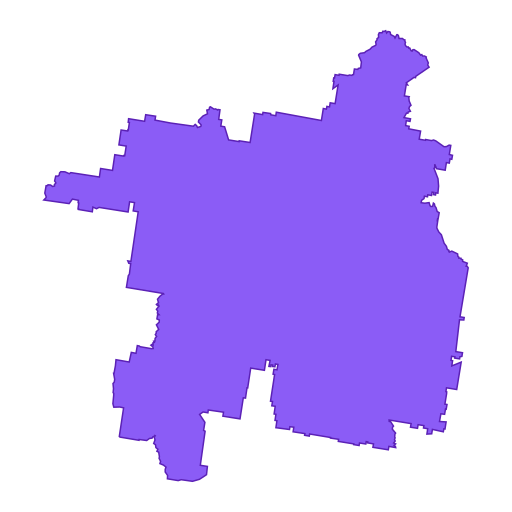 outline of Gunnedah, New South Wales, Australia
{"feature_id": "25037944B84147386402076", "entity_name": "Gunnedah", "entity_type": "district", "adm_level": 2, "iso_a3": "AUS", "parent_name": "Australia", "parent_adm1": "New South Wales", "projection": "robinson", "projection_center": [150.062, -31.024], "detail": "fine", "context": "isolated", "style": "filled", "palette": "violet", "viewbox_px": 512, "rotation_deg": 0, "n_neighbors": 0, "source": "geoboundaries", "source_scale": "gbopen_adm2", "svg_char_len": 6001}
<svg xmlns="http://www.w3.org/2000/svg" viewBox="0 0 512 512"><path d="M55.7,183.3L54.4,184.5L54.5,186.0L52.7,186.5L50.6,185.0L48.0,184.8L47.5,185.6L46.1,185.7L44.8,193.1L46.2,196.8L46.1,197.6L43.8,200.0L69.1,203.6L72.4,199.1L78.4,200.3L78.1,202.7L78.7,203.0L78.0,208.9L78.7,209.0L78.6,209.5L92.3,211.8L92.9,207.1L96.5,208.7L99.1,207.4L128.1,212.0L129.6,201.8L134.5,202.6L133.2,210.9L138.2,211.8L130.9,261.4L127.8,260.9L128.8,263.3L130.7,263.6L129.4,274.1L128.3,275.7L126.4,287.4L163.4,293.5L163.7,294.0L162.5,294.2L160.0,296.2L157.5,299.2L158.5,302.7L156.4,304.4L157.4,305.5L158.5,305.0L159.0,306.2L156.4,309.3L157.8,311.1L157.3,313.0L159.0,314.7L157.6,314.8L156.9,318.9L159.3,320.0L159.2,322.2L156.4,324.8L158.7,329.4L156.2,331.7L156.2,333.3L155.3,334.6L156.6,336.5L155.1,338.3L154.9,341.1L153.7,341.2L154.3,342.4L153.0,342.8L153.1,344.8L152.3,344.2L150.9,345.2L152.9,346.9L153.2,348.5L151.7,348.7L140.1,346.7L139.3,346.0L137.3,345.6L136.0,353.3L131.3,352.4L129.2,362.0L116.0,359.7L115.4,365.8L114.0,373.3L113.6,373.3L114.7,379.4L114.2,382.2L113.0,383.5L113.5,388.7L113.1,392.6L113.7,393.3L113.7,395.1L112.9,403.7L113.8,407.2L119.7,407.0L123.6,407.8L119.3,436.5L120.0,437.1L139.0,440.3L139.1,439.5L146.7,440.5L149.4,438.5L152.1,438.1L152.9,436.8L154.4,436.2L154.8,435.5L155.2,435.8L154.2,436.9L155.0,439.9L153.7,443.5L155.5,444.7L155.9,447.6L157.9,449.2L156.9,451.3L158.7,452.2L159.4,456.6L159.1,458.4L160.6,461.3L159.9,463.6L163.5,465.1L166.0,467.1L165.2,469.3L165.2,472.0L167.6,475.4L167.4,478.8L178.2,480.6L181.2,479.7L192.5,481.3L199.5,479.3L206.5,474.7L207.4,466.4L200.3,465.3L205.1,431.2L203.6,430.4L204.9,422.3L199.6,414.4L203.1,412.0L207.9,412.8L208.3,410.0L223.5,412.2L222.9,416.2L240.0,418.9L243.3,397.8L245.5,398.1L247.0,387.8L247.7,387.9L250.7,368.1L264.4,370.3L266.0,359.7L270.1,360.4L268.9,366.4L270.7,366.6L271.0,364.8L272.7,365.0L272.5,366.5L274.9,366.8L275.4,364.0L277.9,364.4L277.0,369.8L273.9,369.3L273.1,374.2L274.6,374.5L270.5,401.2L272.5,401.5L271.8,405.8L275.2,406.3L274.1,414.0L275.9,414.3L275.0,420.4L276.9,420.7L275.9,427.7L289.5,429.5L289.9,426.7L293.8,427.2L293.1,431.8L304.9,433.6L304.6,435.3L309.3,436.1L309.6,434.0L330.6,437.5L330.5,438.1L338.6,439.3L338.3,441.4L353.8,443.9L353.7,444.6L359.1,445.5L359.5,443.0L365.8,444.0L366.2,441.6L367.8,441.9L367.6,442.9L373.5,443.9L372.9,447.3L388.3,449.8L388.9,446.4L395.7,447.6L395.4,446.3L394.6,446.3L394.0,445.3L395.6,443.9L393.6,443.0L395.2,441.0L394.5,439.7L395.1,437.8L394.7,437.1L394.9,434.1L395.6,433.1L392.3,429.1L392.6,427.1L393.5,426.1L390.6,421.7L389.2,421.4L389.1,420.0L411.1,423.6L410.5,427.2L417.5,428.3L418.1,424.7L423.9,425.6L423.5,428.0L427.7,428.7L426.9,434.1L431.7,433.8L432.4,429.4L443.3,431.8L443.9,428.8L445.0,429.0L446.1,421.9L439.5,421.5L440.9,413.8L444.6,414.3L445.5,409.0L446.2,409.2L447.0,404.5L444.9,404.1L446.6,393.7L446.7,391.8L445.9,391.6L446.5,387.8L456.7,389.5L461.2,362.1L451.8,365.9L452.6,360.7L451.0,360.4L451.6,356.3L454.9,356.8L454.7,358.1L459.6,358.9L459.9,356.8L461.9,356.4L462.5,352.7L455.8,351.6L459.5,319.8L463.8,320.0L464.2,317.5L460.0,316.8L468.2,267.8L467.2,266.3L466.2,266.2L467.3,263.2L462.6,261.4L462.7,259.9L461.0,259.0L461.0,258.3L458.8,258.1L458.9,257.2L457.9,256.5L457.6,253.9L451.8,251.1L449.3,252.1L448.8,251.3L449.0,250.4L447.3,249.4L446.4,246.3L444.1,243.2L441.4,234.8L438.8,232.0L437.0,228.4L436.8,227.2L437.8,220.5L437.3,220.6L437.6,218.8L438.1,218.9L439.2,212.7L437.2,211.5L436.0,207.6L434.9,206.2L434.4,203.9L433.4,203.1L432.6,206.4L430.8,206.5L430.0,205.6L429.1,202.6L424.9,203.2L421.1,202.7L421.6,200.3L424.0,198.6L424.4,196.2L427.5,196.8L427.8,194.8L431.5,195.5L432.1,192.1L433.9,192.4L433.5,194.6L435.5,195.0L435.8,192.8L437.9,193.2L438.6,186.1L438.0,178.7L434.0,168.3L434.8,167.7L434.7,164.2L436.6,168.7L445.2,170.2L446.4,162.6L449.3,163.1L450.0,158.9L451.8,159.3L452.5,155.3L449.3,154.5L450.8,145.4L449.1,145.1L446.4,146.6L444.0,146.7L435.8,140.9L433.6,140.0L431.5,140.6L425.6,139.5L425.5,140.3L419.2,139.2L420.6,131.1L408.7,128.8L409.2,126.3L405.6,125.6L406.3,120.7L410.0,121.4L410.5,118.8L404.0,117.6L406.5,113.1L407.9,113.2L408.2,112.0L410.4,111.3L408.9,108.4L409.6,106.5L411.0,105.3L409.2,101.1L408.8,97.6L409.2,96.7L404.4,95.9L406.2,84.6L407.6,84.9L406.3,82.8L414.0,77.4L415.5,77.7L415.8,76.3L429.1,67.2L427.7,65.0L428.3,62.9L426.1,57.9L426.3,57.0L424.5,56.0L422.6,56.0L421.8,54.6L420.6,55.1L418.8,52.7L414.1,49.6L412.9,49.7L412.1,51.1L411.1,50.7L409.7,48.0L408.9,48.2L408.2,46.9L407.0,47.0L405.5,45.6L405.0,44.0L405.5,42.3L404.9,41.4L404.9,39.9L403.8,39.7L402.5,38.5L399.1,38.5L398.4,35.6L397.6,34.7L396.8,34.7L395.0,38.0L394.2,36.4L390.6,34.5L390.2,32.2L389.6,31.8L387.9,31.5L386.6,33.0L385.7,30.7L384.0,31.5L382.9,31.2L382.1,32.8L379.3,32.7L378.4,34.6L378.6,37.4L377.0,38.7L377.1,39.7L375.6,41.9L376.1,44.4L375.6,45.4L372.0,47.1L370.1,49.2L365.9,51.4L364.5,52.7L360.3,53.3L358.8,54.5L358.6,55.2L361.4,61.9L360.7,67.9L358.3,68.4L357.8,69.4L354.4,69.0L353.5,74.6L352.5,74.7L351.9,75.4L349.6,75.0L347.8,75.6L339.2,74.2L339.0,75.3L335.1,74.6L334.5,78.0L333.7,77.9L333.2,81.3L334.0,81.4L332.9,88.7L338.1,85.0L335.1,103.6L330.2,102.8L329.5,106.9L326.9,106.4L326.4,109.1L323.3,108.5L321.4,120.5L276.3,112.2L275.8,115.7L270.8,114.8L270.6,113.5L263.0,112.4L262.6,114.6L254.0,113.1L254.6,114.1L250.1,142.5L239.2,140.8L239.1,141.6L228.6,139.9L224.6,126.8L220.8,126.1L221.8,119.9L218.7,119.4L220.0,109.8L218.1,109.5L217.7,110.0L215.6,108.9L214.0,109.1L210.4,106.8L209.6,107.2L209.1,109.5L206.8,110.1L207.5,113.8L203.1,115.9L198.7,120.2L198.4,122.0L201.0,124.7L201.1,125.7L200.7,126.5L197.5,127.5L196.6,125.6L195.2,124.4L193.4,126.2L170.4,123.0L155.0,120.1L155.6,116.2L145.7,114.7L144.6,121.3L128.6,118.7L128.2,122.3L129.4,122.5L128.3,129.9L127.9,129.8L127.7,131.0L121.1,130.0L118.9,144.9L126.2,146.1L124.7,155.7L123.8,155.5L123.7,156.1L114.8,154.7L112.5,170.4L100.6,168.5L99.4,177.0L70.8,172.6L69.3,173.7L64.9,171.8L60.8,171.7L59.6,172.9L59.2,175.1L58.1,176.1L55.7,176.1L54.6,181.0L55.7,182.4L55.7,183.3Z" fill="#8b5cf6" stroke="#5b21b6" stroke-width="1.5"/></svg>